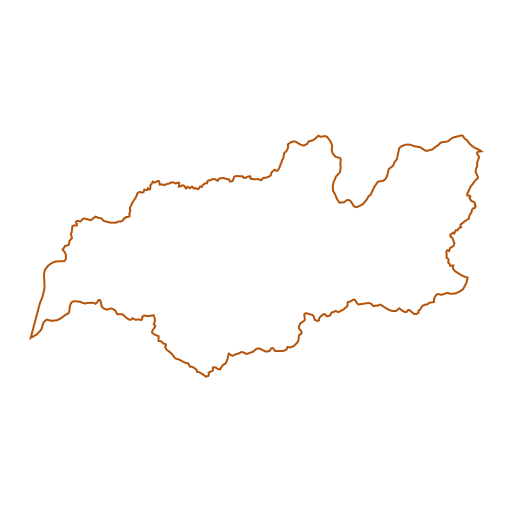 Marquetalia, Caldas, Colombia
{"feature_id": "7082276B4972068249253", "entity_name": "Marquetalia", "entity_type": "district", "adm_level": 2, "iso_a3": "COL", "parent_name": "Colombia", "parent_adm1": "Caldas", "projection": "robinson", "projection_center": [-75.04, 5.308], "detail": "fine", "context": "isolated", "style": "outline", "palette": "amber", "viewbox_px": 512, "rotation_deg": 0, "n_neighbors": 0, "source": "geoboundaries", "source_scale": "gbopen_adm2", "svg_char_len": 6063}
<svg xmlns="http://www.w3.org/2000/svg" viewBox="0 0 512 512"><path d="M220.0,369.4L222.9,365.0L225.7,363.5L227.3,359.7L228.8,353.7L232.3,355.8L236.4,354.0L238.9,353.4L241.2,352.1L243.7,352.4L246.1,353.9L246.9,353.9L252.9,351.8L256.0,349.1L258.1,348.4L260.1,348.7L264.8,351.2L266.4,351.6L269.3,351.1L271.3,348.4L272.2,348.0L273.3,348.6L275.1,351.0L281.5,351.1L284.4,350.6L285.9,349.7L286.9,348.9L287.5,347.0L290.5,347.4L293.9,345.9L297.6,342.3L298.6,339.4L298.9,335.4L300.9,334.0L301.6,333.0L301.4,331.4L299.1,328.5L299.0,326.2L300.4,323.3L303.4,321.4L304.6,320.2L304.8,319.0L304.3,314.8L304.6,313.9L305.4,313.3L307.3,313.4L312.4,315.0L313.7,316.4L314.8,319.8L316.9,320.7L318.5,320.8L319.0,320.3L319.3,317.9L321.7,315.5L323.9,314.1L324.8,314.1L326.6,316.2L328.5,316.0L330.2,315.3L331.2,313.0L332.0,312.3L333.6,312.1L335.5,310.9L338.4,312.2L343.7,309.3L347.5,306.0L347.6,302.9L348.0,301.9L349.9,301.7L353.8,299.5L354.9,299.9L357.5,303.8L358.4,304.5L368.4,303.0L371.0,303.6L373.4,306.2L375.9,305.5L377.6,305.7L379.2,304.8L380.4,304.7L388.0,309.4L392.4,311.1L396.2,310.9L399.2,308.3L402.7,311.0L405.2,312.1L406.5,312.0L408.2,310.1L409.4,310.0L414.0,313.9L416.0,314.1L418.4,313.0L418.5,310.8L420.2,309.5L421.9,306.5L423.1,305.5L425.2,304.7L427.4,304.4L429.0,302.9L434.0,302.0L434.0,298.7L435.9,295.3L436.9,294.4L438.5,294.1L441.6,294.8L447.6,292.8L450.4,293.8L455.1,293.5L459.4,291.7L463.0,289.2L466.2,283.4L467.7,277.7L462.2,275.7L455.5,271.5L454.0,270.1L453.2,268.7L452.8,267.0L453.2,265.5L450.2,265.8L449.7,264.2L448.2,262.5L448.6,260.2L448.1,258.7L446.5,257.9L446.7,255.1L446.3,251.9L447.1,250.2L448.1,250.2L449.2,251.0L450.1,248.0L453.5,245.9L454.4,243.3L452.6,238.5L451.8,237.3L450.5,236.7L450.2,234.9L453.2,232.6L454.3,233.5L455.8,230.2L457.4,230.4L458.5,228.5L461.1,227.1L460.3,225.5L460.5,224.7L465.0,221.1L468.8,218.7L469.3,215.7L470.5,213.5L471.3,213.0L472.0,209.7L473.2,208.3L474.9,207.9L475.4,207.1L475.6,206.1L474.8,205.2L475.1,204.1L474.7,202.8L473.7,201.8L471.2,200.9L469.5,197.9L470.3,196.8L470.2,196.1L469.3,195.6L467.5,195.6L467.0,194.4L470.5,186.8L475.3,180.5L477.8,178.1L477.8,176.6L476.0,172.9L475.6,171.3L476.3,168.2L477.2,166.2L477.2,162.3L479.1,157.1L476.9,153.3L477.4,152.2L479.2,151.5L481.3,151.3L479.6,150.0L474.6,147.7L471.7,145.7L469.7,143.8L466.9,140.2L464.4,138.4L463.0,135.9L461.6,135.4L453.3,137.5L451.2,138.7L447.8,141.4L440.9,142.5L437.3,145.9L435.2,147.0L433.0,149.1L427.0,150.9L425.1,150.5L420.1,147.2L414.2,146.2L410.2,144.7L406.2,144.6L403.2,145.5L400.5,146.9L399.2,148.3L396.9,159.1L394.2,162.8L393.2,165.7L388.8,169.0L387.1,175.8L385.6,178.9L383.2,180.8L378.7,181.5L377.6,182.1L374.3,186.9L370.7,194.6L368.5,196.4L366.8,199.4L363.7,203.3L361.2,205.2L357.2,206.9L355.6,207.1L354.0,206.3L350.7,201.2L349.1,200.1L347.0,200.0L344.1,202.2L340.3,202.7L339.1,202.4L336.9,198.8L335.1,194.4L333.0,190.7L332.8,185.8L333.5,182.4L336.1,176.4L339.6,172.7L340.1,171.6L340.7,167.0L340.3,163.2L340.8,159.4L339.9,157.9L335.6,156.9L332.7,153.3L331.7,150.3L332.2,146.4L331.9,144.8L330.5,141.4L327.1,136.9L325.1,136.1L320.7,136.8L318.4,135.7L314.1,139.6L311.3,140.8L308.9,141.2L306.9,144.1L303.8,145.6L300.3,144.5L295.5,141.6L293.5,141.4L290.4,142.5L287.9,144.4L288.1,147.0L287.5,149.2L286.4,151.1L284.2,153.2L283.3,158.1L281.8,160.6L281.6,162.6L280.7,164.0L279.5,167.6L277.6,170.6L276.6,170.9L274.8,169.7L274.3,169.8L271.5,172.5L270.8,175.3L270.3,175.9L266.4,177.6L263.3,178.0L261.0,180.3L258.4,179.1L254.3,179.3L251.1,178.9L250.4,178.4L250.5,176.8L250.0,176.2L247.4,176.8L245.3,177.9L244.0,178.0L243.5,177.8L243.2,176.7L242.5,176.3L235.3,176.1L234.0,177.1L232.9,180.6L231.5,181.5L229.8,181.4L229.1,179.5L222.6,177.9L218.9,178.7L217.6,180.8L215.1,179.2L212.2,179.2L210.5,180.3L208.4,180.3L207.7,181.0L207.0,183.3L204.8,183.4L202.5,185.5L201.8,186.9L200.0,186.6L199.0,188.4L197.8,189.1L196.6,188.9L195.4,188.0L193.7,188.5L192.4,186.8L191.3,186.9L190.3,187.9L189.6,188.2L187.6,186.8L185.9,188.5L184.6,186.2L183.1,185.4L181.8,185.5L180.1,186.6L178.8,186.6L179.2,184.0L179.1,182.9L178.6,182.5L175.7,183.5L173.4,182.4L171.5,182.4L168.8,183.7L167.0,183.9L164.5,185.2L162.8,184.5L159.6,184.6L159.4,182.2L158.6,180.9L157.7,181.0L155.4,182.4L154.0,182.5L153.4,181.6L152.9,181.6L151.3,184.3L150.4,185.1L150.3,188.3L149.9,189.3L149.1,189.5L147.9,188.4L147.3,189.8L146.7,190.2L144.3,189.6L143.6,192.0L142.0,192.7L139.9,191.9L137.7,192.8L136.0,197.0L132.4,202.7L130.1,207.4L129.9,208.5L130.4,210.5L129.4,213.4L129.7,216.0L127.9,217.0L126.0,217.1L125.1,218.3L123.9,218.5L123.0,220.4L120.4,221.6L118.6,221.4L116.0,222.7L110.1,222.6L104.1,221.1L101.0,218.2L98.5,217.9L95.4,216.6L90.7,220.2L84.3,218.4L82.5,219.1L80.6,221.4L77.7,220.9L76.2,221.5L75.9,222.2L76.9,224.1L76.8,225.5L74.3,225.4L72.4,226.2L71.7,232.1L70.9,234.0L72.0,238.1L69.6,240.7L68.7,244.9L68.0,245.4L65.0,245.9L64.0,247.9L62.5,249.5L64.9,252.4L65.9,254.8L65.9,258.5L65.3,260.0L64.2,261.1L55.7,261.5L51.8,263.0L48.1,265.7L44.8,270.2L44.2,272.9L44.0,276.3L44.6,286.4L44.1,290.1L42.4,297.1L39.9,303.2L30.7,337.9L36.9,334.3L41.0,329.9L41.8,328.2L43.3,322.9L45.7,320.2L47.1,319.7L51.3,320.8L57.0,320.3L61.0,318.2L65.4,314.9L68.4,313.3L69.3,311.7L69.6,307.9L70.4,304.4L71.4,302.7L72.6,301.6L74.9,301.2L80.5,301.8L82.5,302.9L85.0,303.5L87.5,302.9L93.7,302.8L95.5,303.8L97.4,302.1L98.5,300.2L99.6,299.9L100.2,300.4L100.9,302.4L101.6,306.4L103.7,308.5L107.1,309.7L110.7,308.4L112.4,308.8L115.2,310.3L117.1,314.1L122.7,314.4L126.1,317.6L129.2,319.7L131.0,319.7L132.4,318.2L135.6,319.8L138.8,319.4L141.2,320.1L142.1,319.1L142.3,316.8L144.4,315.5L147.6,316.1L153.7,315.3L154.7,318.5L154.9,321.0L153.8,324.3L155.4,326.1L152.2,331.0L152.1,332.6L154.3,334.4L158.7,336.3L158.4,340.0L158.7,341.0L161.1,341.2L163.1,343.4L165.8,344.2L166.1,345.1L165.1,347.0L166.5,349.5L171.7,353.7L175.0,358.1L176.9,359.1L178.6,359.3L184.3,362.4L188.2,363.4L190.0,366.7L191.6,366.6L192.9,367.1L196.5,369.7L197.2,372.0L198.4,371.9L202.1,373.8L205.8,376.6L208.2,376.0L208.8,375.0L208.7,372.6L212.6,370.7L213.0,369.7L212.7,367.8L213.1,367.4L215.3,367.3L217.9,369.0L220.0,369.4Z" fill="none" stroke="#b45309" stroke-width="2"/></svg>